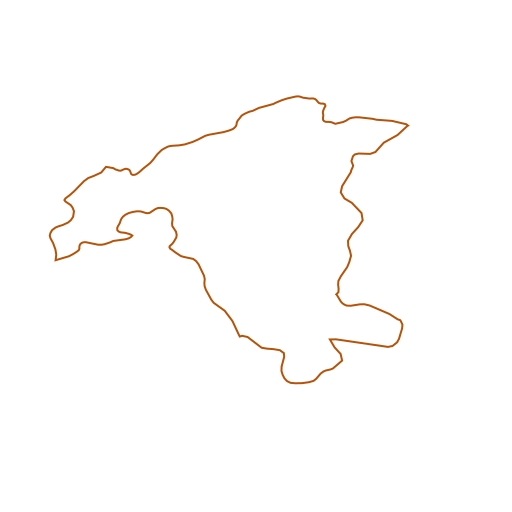 outline of Loja, rotated 249°
{"feature_id": "ECU-1268", "entity_name": "Loja", "entity_type": "Province", "adm_level": 1, "iso_a3": "ECU", "parent_name": "Ecuador", "parent_adm1": "", "projection": "equal_earth", "projection_center": [-79.576, -4.049], "detail": "fine", "context": "isolated", "style": "outline", "palette": "amber", "viewbox_px": 512, "rotation_deg": 249, "n_neighbors": 0, "source": "natural_earth", "source_scale": "10m", "svg_char_len": 3475}
<svg xmlns="http://www.w3.org/2000/svg" viewBox="0 0 512 512"><g transform="rotate(249 256 256)"><path d="M155.4,247.2L159.5,244.5L162.7,239.1L165.6,233.0L168.3,228.4L183.4,219.1L186.5,214.4L186.6,212.0L189.5,211.7L203.7,210.7L216.0,207.2L227.5,199.7L231.3,198.6L242.5,197.1L246.1,197.2L249.0,198.0L252.9,199.9L256.2,200.4L268.9,199.4L272.8,198.2L275.8,196.3L280.8,188.6L282.8,185.9L288.7,181.7L291.6,180.0L293.4,178.6L295.1,178.3L296.1,178.9L297.5,182.4L298.7,184.3L301.8,188.2L304.1,189.5L307.3,190.0L314.0,188.6L316.5,189.3L320.2,191.3L322.5,191.9L326.1,192.2L329.7,190.9L332.2,189.1L333.7,187.1L335.1,184.2L335.9,181.8L335.9,179.1L334.4,172.1L334.7,170.4L335.6,168.6L338.6,164.8L339.5,163.2L340.5,160.5L341.3,156.6L341.7,152.5L341.3,148.8L340.4,145.9L339.1,143.8L337.8,142.5L335.4,140.5L333.2,137.7L331.8,136.4L329.7,135.8L328.0,136.6L326.6,138.1L324.5,142.2L322.1,145.4L320.6,147.0L319.4,147.8L318.5,146.0L318.1,143.4L318.4,140.0L321.2,128.1L321.0,124.6L321.3,118.5L322.0,115.4L323.2,112.5L329.8,102.2L330.4,100.7L330.7,99.1L330.6,97.7L330.0,96.1L328.9,95.0L327.5,94.2L326.1,93.7L325.0,92.7L324.2,90.3L323.3,85.7L322.8,81.2L323.9,67.4L328.8,70.0L334.1,71.1L340.9,71.2L346.2,70.5L348.8,70.7L351.1,72.3L353.2,74.9L354.4,78.9L354.5,81.8L354.2,86.8L354.6,92.5L355.8,96.0L358.1,99.3L363.0,102.1L366.9,102.1L369.9,101.3L375.2,97.6L376.9,97.2L378.1,98.8L379.6,104.0L381.6,109.4L387.5,122.2L388.9,127.3L388.9,133.4L389.4,141.4L393.0,147.9L389.1,154.4L387.6,155.4L384.9,158.6L384.1,160.3L384.3,164.1L384.1,165.8L383.1,167.3L382.3,168.2L381.2,168.8L379.2,168.9L378.1,168.8L377.1,169.0L376.1,169.7L375.5,171.0L375.2,172.8L375.6,175.2L376.2,177.3L378.0,181.9L380.7,190.5L382.7,194.4L386.4,200.4L388.7,205.8L389.2,208.3L389.7,212.6L389.5,215.0L388.7,218.0L386.9,223.7L385.7,229.4L385.2,237.6L385.5,243.7L386.4,251.6L386.1,255.4L383.3,270.1L382.8,275.6L382.8,279.5L383.2,281.3L383.8,282.7L384.3,283.5L384.9,284.3L385.7,284.9L387.6,286.0L388.5,286.9L389.4,288.1L390.0,289.3L392.2,292.9L392.6,294.9L392.9,297.1L393.1,301.5L392.7,304.9L393.2,311.8L391.7,326.6L392.0,329.5L392.2,336.0L391.9,341.4L390.7,349.9L390.2,351.9L389.3,353.8L386.9,356.7L384.0,362.0L382.5,366.0L381.3,367.5L379.6,368.4L377.9,368.9L376.3,369.6L375.2,370.9L374.2,373.3L373.0,374.7L371.2,374.6L369.6,372.7L367.5,370.7L365.9,369.8L363.3,369.3L361.1,368.1L359.0,367.4L357.6,367.8L356.2,369.3L355.0,372.3L353.9,374.3L351.0,377.4L349.9,385.1L350.0,388.0L350.9,392.7L350.6,395.5L349.7,399.0L348.4,402.2L342.4,413.8L340.0,417.4L333.4,431.4L325.1,443.6L323.3,444.6L323.3,444.3L318.2,431.4L316.0,415.9L310.3,404.8L310.4,399.2L314.9,388.5L315.4,384.6L314.3,382.2L310.4,379.1L305.7,379.1L304.5,378.3L301.7,375.5L300.2,374.5L290.4,361.5L285.0,357.9L278.0,359.2L271.3,364.5L258.3,369.9L251.1,368.4L246.3,361.7L242.2,353.5L237.3,347.4L232.2,345.7L227.2,345.6L222.1,344.8L216.9,340.9L213.0,337.2L206.7,328.0L203.2,324.0L199.8,322.4L195.9,321.4L192.7,320.0L191.4,317.2L190.9,317.5L183.0,318.9L180.8,319.8L178.8,321.2L177.2,322.9L175.6,326.6L173.6,335.8L172.1,339.9L169.1,344.3L154.1,359.7L146.2,365.5L144.3,367.7L142.8,367.9L139.4,368.1L136.1,366.5L127.4,359.8L124.8,356.7L123.1,351.2L123.8,346.7L149.5,300.9L151.6,295.1L142.6,296.6L134.2,299.9L127.5,298.9L123.4,287.4L123.4,284.9L124.1,280.0L124.0,277.5L123.0,274.1L119.8,268.2L118.8,265.0L119.2,260.2L120.8,253.4L123.1,247.1L125.2,242.8L128.1,240.1L131.7,238.7L135.6,238.3L139.6,238.6L143.6,240.3L151.8,246.2L155.4,247.2Z" fill="none" stroke="#b45309" stroke-width="2"/></g></svg>